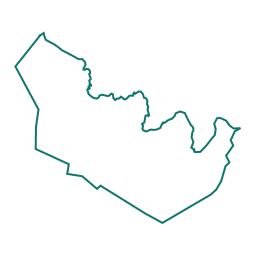 Martin, North Carolina, United States of America
{"feature_id": "52423323B59070607035282", "entity_name": "Martin", "entity_type": "district", "adm_level": 2, "iso_a3": "USA", "parent_name": "United States of America", "parent_adm1": "North Carolina", "projection": "equal_earth", "projection_center": [-77.075, 35.865], "detail": "fine", "context": "isolated", "style": "outline", "palette": "teal", "viewbox_px": 256, "rotation_deg": 0, "n_neighbors": 0, "source": "geoboundaries", "source_scale": "gbopen_adm2", "svg_char_len": 2070}
<svg xmlns="http://www.w3.org/2000/svg" viewBox="0 0 256 256"><path d="M240.6,128.0L240.3,128.1L240.1,128.2L239.7,128.2L233.6,128.5L230.3,126.0L229.9,125.7L229.2,125.0L226.2,120.7L220.4,118.0L217.1,118.2L214.2,123.7L215.7,129.1L214.8,135.1L211.0,139.5L208.7,142.6L205.0,147.1L200.4,151.8L196.2,152.1L194.5,151.9L193.8,150.1L194.4,149.8L193.6,148.8L192.6,148.6L191.3,147.5L192.0,145.9L193.4,142.2L191.6,137.2L192.3,132.7L193.5,130.1L193.0,127.3L190.9,125.1L188.0,119.8L184.8,113.0L180.0,111.5L175.7,113.3L174.7,115.9L172.1,118.6L167.9,120.3L165.8,122.0L163.3,123.3L163.0,122.7L161.7,124.5L160.3,127.9L157.4,129.3L154.6,129.9L150.9,129.6L146.0,131.5L143.2,130.2L142.4,128.5L143.2,125.6L142.0,124.3L142.7,123.3L144.3,122.6L145.0,118.4L145.5,115.9L147.7,115.1L148.5,116.0L149.1,115.2L148.6,113.5L147.6,109.8L148.2,106.6L147.0,104.0L147.4,100.8L146.2,98.4L144.0,97.7L142.8,93.9L140.9,91.6L138.8,91.5L135.1,93.7L134.2,92.6L133.5,93.3L133.0,95.7L130.9,95.6L129.3,95.8L126.8,98.4L125.6,99.4L123.6,99.0L122.8,97.8L120.8,96.7L119.5,98.4L116.7,98.7L115.2,100.0L113.4,98.2L113.1,95.8L112.7,94.1L111.0,93.7L109.8,95.3L107.8,96.1L104.6,95.3L101.8,94.7L99.3,95.7L98.7,97.5L96.7,98.6L93.5,97.9L90.8,96.0L88.6,94.0L87.6,90.6L87.3,89.7L88.3,88.6L88.9,89.0L89.7,88.2L89.2,87.5L88.5,86.8L90.1,85.4L90.9,85.7L91.0,84.7L90.0,84.3L89.6,84.2L89.8,83.4L89.9,83.5L90.0,83.6L89.6,82.4L89.3,80.5L90.7,79.2L90.5,77.4L89.7,76.0L89.2,73.9L90.1,73.1L89.9,71.3L89.5,70.2L88.2,69.1L86.4,68.9L85.0,69.8L83.4,69.5L83.6,68.2L84.9,66.2L85.5,64.6L85.0,62.0L83.7,60.7L82.5,59.2L78.4,59.1L74.9,57.0L71.1,55.0L66.5,52.5L62.2,50.4L58.5,47.4L54.2,44.3L52.0,43.2L49.3,41.7L47.9,41.0L47.2,40.6L45.7,39.6L45.0,37.8L44.4,36.0L43.9,34.6L43.7,33.1L40.5,35.2L39.5,35.5L39.6,36.1L17.7,63.6L15.4,66.5L38.5,109.5L36.0,126.9L35.9,132.1L35.7,149.0L58.1,159.3L68.8,164.2L67.2,173.9L82.1,176.2L97.0,188.8L100.5,185.7L145.4,213.6L162.4,222.9L192.1,205.5L210.6,194.7L216.1,189.8L221.1,181.4L225.5,166.2L229.4,162.5L226.1,155.7L233.2,145.5L230.7,140.3L234.8,131.3L240.6,128.0Z" fill="none" stroke="#0f766e" stroke-width="2"/></svg>